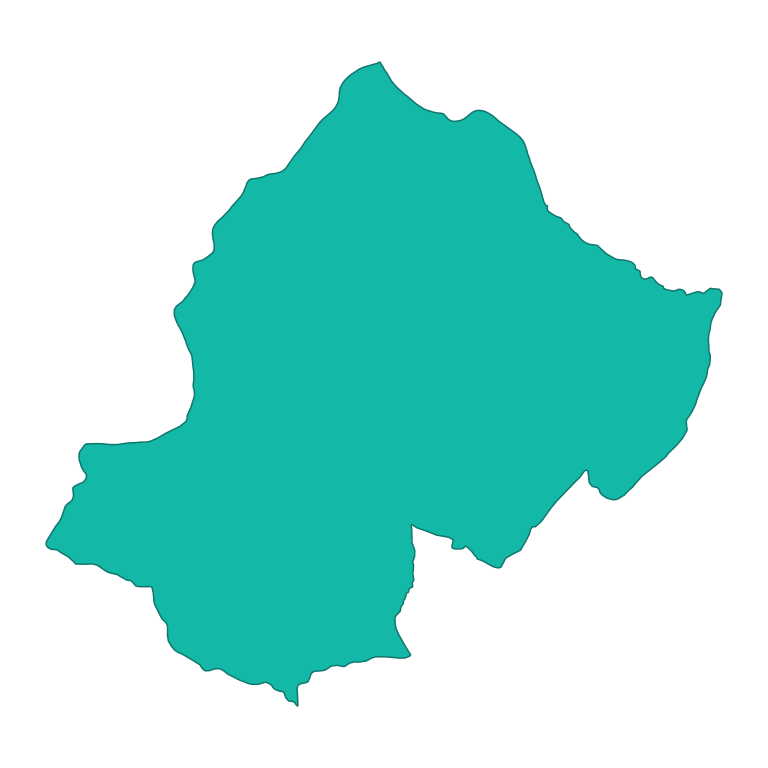 outline of Guapotá, Santander, Colombia
{"feature_id": "7082276B45314174051982", "entity_name": "Guapotá", "entity_type": "district", "adm_level": 2, "iso_a3": "COL", "parent_name": "Colombia", "parent_adm1": "Santander", "projection": "orthographic", "projection_center": [-73.332, 6.32], "detail": "fine", "context": "isolated", "style": "filled", "palette": "teal", "viewbox_px": 768, "rotation_deg": 0, "n_neighbors": 0, "source": "geoboundaries", "source_scale": "gbopen_adm2", "svg_char_len": 6050}
<svg xmlns="http://www.w3.org/2000/svg" viewBox="0 0 768 768"><path d="M86.4,443.9L84.5,445.1L83.2,447.1L80.1,451.1L79.1,453.6L79.0,457.4L79.3,460.2L80.3,463.1L81.2,466.4L83.0,470.1L86.1,474.0L86.3,474.8L86.4,477.8L85.3,479.8L83.9,481.6L82.3,482.6L77.5,484.6L74.4,486.4L73.1,487.5L72.8,488.4L73.5,495.2L73.3,497.1L72.0,500.1L71.1,501.3L68.3,503.2L66.9,504.4L65.2,506.5L61.5,517.4L59.1,521.9L56.4,525.3L54.7,527.9L47.0,540.4L46.2,542.4L46.1,544.3L46.9,546.4L48.1,547.6L50.3,548.9L52.1,549.4L56.4,549.7L58.0,550.4L60.1,552.1L68.2,556.8L73.5,561.5L75.5,564.0L84.0,564.2L92.2,563.9L96.4,564.9L98.4,565.9L103.8,569.7L106.8,571.6L109.0,572.6L116.9,574.5L126.8,580.1L130.5,580.6L132.0,581.6L135.8,585.9L138.3,586.5L141.0,586.7L150.6,586.6L151.7,587.1L152.3,588.6L153.2,592.5L154.1,602.1L154.8,604.7L161.9,618.8L165.7,622.4L166.9,624.1L167.6,627.1L167.5,635.5L168.4,641.1L171.7,646.6L174.9,650.3L177.9,652.3L182.0,654.0L191.3,659.4L199.3,664.4L200.7,665.6L201.5,667.5L203.4,669.6L205.2,670.8L209.0,670.7L215.1,668.8L220.1,668.8L224.7,671.5L227.7,674.1L239.8,680.2L248.2,683.4L251.7,684.3L257.4,684.4L260.2,683.8L264.1,682.5L265.7,682.2L269.3,683.6L272.1,685.8L273.1,687.7L275.2,689.5L278.7,690.9L283.1,691.8L284.1,692.9L285.7,697.6L288.4,700.7L289.7,701.2L292.6,701.4L294.5,702.4L296.6,705.3L297.5,706.0L297.9,705.4L297.4,692.6L297.0,689.4L297.6,686.4L298.2,685.0L301.4,683.5L305.1,682.9L308.1,681.6L309.8,677.7L310.9,674.2L312.7,672.1L315.1,671.2L321.2,670.8L324.5,670.3L328.1,668.3L330.9,666.1L337.1,665.3L342.8,666.5L344.8,666.3L349.8,663.0L354.7,661.9L358.6,662.1L366.3,661.0L371.5,658.1L375.6,656.8L387.1,656.9L399.9,658.1L404.6,658.0L408.5,656.7L410.3,655.6L410.6,654.8L410.1,653.7L409.0,652.3L404.4,644.6L398.5,634.2L395.8,627.9L395.1,622.4L395.0,617.7L396.2,615.3L400.2,611.4L400.9,607.0L403.4,603.3L403.4,601.3L405.2,598.1L406.5,593.2L408.1,592.6L409.3,588.9L410.1,587.8L411.5,587.6L412.7,586.6L412.8,585.9L412.2,583.5L413.8,579.7L412.7,573.0L413.3,570.5L413.5,565.7L413.3,563.8L412.5,562.2L414.6,556.6L414.8,550.4L412.0,542.6L411.7,529.0L411.3,525.4L411.9,524.5L416.9,527.8L428.4,531.8L436.5,535.1L445.3,536.6L449.2,537.5L453.3,539.9L452.1,545.5L452.0,547.8L454.6,548.9L461.2,548.9L463.3,548.2L465.6,546.1L466.7,546.6L471.1,550.6L475.1,556.0L476.7,557.0L477.2,558.9L483.3,561.2L492.5,566.4L496.3,567.6L499.2,567.9L501.2,566.9L505.7,558.2L512.0,554.5L520.6,550.1L526.8,539.2L529.3,534.2L530.8,528.9L532.7,526.8L534.7,526.6L535.3,526.8L541.3,521.5L551.0,508.0L556.7,501.0L576.4,480.6L579.6,477.6L584.5,470.9L586.5,470.1L587.8,470.8L588.6,476.1L589.2,482.5L592.2,486.4L597.5,487.6L599.1,489.5L600.4,493.3L603.1,495.7L607.3,498.3L611.3,499.3L614.1,499.9L618.0,498.9L624.4,495.0L629.0,490.1L632.7,487.0L635.0,484.1L642.1,476.1L659.8,462.0L666.1,456.4L668.5,453.1L676.6,445.3L682.6,438.2L686.9,430.6L687.1,429.2L686.4,424.2L686.4,420.0L691.2,413.1L694.5,406.6L695.9,403.3L697.1,398.8L698.8,394.8L699.6,392.5L701.4,387.8L703.4,384.0L706.1,377.6L707.1,374.0L707.6,369.5L709.6,364.6L710.2,359.2L710.2,355.6L709.9,354.1L709.0,351.7L708.9,347.1L708.4,341.6L708.7,334.6L709.9,330.4L710.9,323.0L711.9,319.8L714.8,313.4L716.7,310.3L720.1,305.6L720.6,303.4L720.7,301.2L721.9,294.7L721.8,292.3L719.3,289.4L718.0,289.1L716.0,289.1L714.3,288.7L713.4,289.0L712.3,288.8L711.3,288.4L710.1,288.5L705.8,291.6L704.8,292.7L703.7,293.3L702.6,293.2L699.9,291.9L697.1,291.8L686.6,295.1L685.7,294.5L685.5,292.9L683.5,290.5L682.0,289.8L679.8,289.3L678.1,289.5L675.8,290.5L673.4,291.0L666.7,289.8L663.7,288.4L663.2,286.6L662.2,285.8L659.5,284.7L657.7,283.5L653.9,279.4L653.0,277.9L651.8,277.2L650.0,277.2L647.1,278.7L645.1,279.1L643.1,278.7L641.2,277.4L640.4,275.1L640.0,271.4L639.2,270.7L635.9,269.2L635.5,268.2L635.0,265.4L633.7,263.8L631.9,262.4L629.1,261.2L623.5,260.0L621.1,260.0L617.1,259.5L614.4,258.4L606.5,253.9L601.3,249.2L597.5,245.5L593.8,244.8L591.1,244.6L587.9,243.8L585.0,242.3L582.3,240.5L578.4,236.1L577.8,234.5L576.4,233.4L574.5,232.2L572.5,230.3L570.6,228.1L569.5,226.4L568.9,224.5L567.5,223.6L563.8,221.7L561.7,218.8L560.5,217.8L558.9,217.2L557.3,216.8L554.0,215.2L548.8,211.7L547.5,210.4L547.2,208.3L547.5,205.9L546.8,205.9L545.6,205.2L543.8,201.8L541.8,194.4L539.3,186.5L536.6,179.4L535.5,175.3L533.4,169.4L530.1,161.3L529.3,158.0L528.1,155.1L526.4,149.0L525.2,145.7L524.3,143.2L523.1,141.0L520.1,137.2L516.6,134.1L498.8,121.2L493.2,116.2L489.5,113.8L486.5,112.1L483.2,110.9L478.0,110.3L474.6,111.2L472.4,112.3L464.4,118.7L461.3,120.2L458.0,121.0L453.5,121.4L452.0,121.1L450.1,120.4L447.9,118.9L443.8,114.2L441.7,113.3L437.8,113.0L432.7,112.0L424.7,109.4L416.8,104.4L407.5,96.5L404.5,94.3L396.1,86.6L391.5,81.1L387.6,74.3L384.3,69.4L382.3,65.7L381.4,65.0L380.9,63.6L379.9,62.0L377.2,63.3L363.6,67.2L358.9,69.3L351.9,73.9L348.4,76.8L345.2,79.9L342.9,82.8L340.1,87.9L339.3,92.8L339.3,95.8L338.4,101.0L337.4,103.8L335.4,107.4L332.7,110.7L322.5,119.5L319.2,123.1L309.3,136.5L304.9,142.0L301.0,148.1L294.6,155.7L288.1,164.9L285.9,168.3L282.9,170.7L280.5,172.1L274.8,173.6L270.7,174.0L267.7,174.7L265.9,175.4L264.3,176.4L262.2,177.1L256.7,178.4L252.2,178.8L250.7,179.2L248.7,180.4L246.9,183.1L246.1,185.8L244.6,189.1L244.5,189.7L243.4,192.2L241.5,195.4L239.7,197.7L232.1,206.2L229.0,210.4L221.8,217.8L218.3,220.7L216.1,223.3L214.4,225.6L213.2,228.0L212.5,231.4L212.4,233.7L213.0,238.6L214.2,244.3L214.2,248.1L213.8,250.6L212.3,253.0L210.1,254.9L205.1,258.6L201.6,260.4L197.7,261.4L195.5,262.2L194.2,263.2L193.2,264.9L192.9,269.1L193.2,272.3L195.1,280.1L194.9,282.3L194.0,284.9L192.7,287.7L187.9,295.1L184.9,298.3L182.8,301.3L177.0,305.7L175.6,307.3L174.3,309.9L174.3,314.8L175.1,317.8L176.2,320.7L177.7,324.2L180.9,329.7L182.2,332.5L185.5,340.6L187.0,345.4L188.9,350.0L191.2,354.1L191.9,356.1L193.2,368.3L193.7,371.3L193.9,377.0L193.8,380.5L193.2,384.2L193.2,386.7L194.3,391.1L194.5,395.9L190.9,407.3L187.4,415.3L187.1,416.9L187.2,418.4L185.8,421.7L179.6,426.5L166.2,433.0L157.5,438.1L150.0,441.4L146.1,442.1L141.0,442.1L134.6,442.7L129.5,442.8L117.1,444.6L108.7,444.5L103.0,443.8L97.9,443.6L86.4,443.9Z" fill="#14b8a6" stroke="#0f766e" stroke-width="1.5"/></svg>